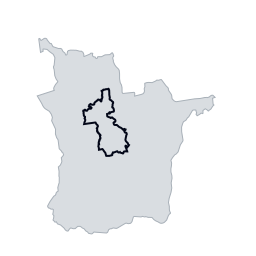 Democratic Republic of the Congo, with Kasaï-Oriental highlighted, rotated 172°
{"feature_id": "COD-1896", "entity_name": "Kasaï-Oriental", "entity_type": "Province", "adm_level": 1, "iso_a3": "COD", "parent_name": "Democratic Republic of the Congo", "parent_adm1": "", "projection": "robinson", "projection_center": [23.978, -4.842], "detail": "fine", "context": "in_parent", "style": "outline", "palette": "ink", "viewbox_px": 256, "rotation_deg": 172, "n_neighbors": 0, "source": "natural_earth", "source_scale": "10m", "svg_char_len": 8963}
<svg xmlns="http://www.w3.org/2000/svg" viewBox="0 0 256 256"><g transform="rotate(172 128 128)"><path d="M213.4,172.4L195.8,175.5L196.1,176.7L196.0,177.8L195.5,178.8L193.7,181.2L191.1,183.5L191.1,184.0L192.4,186.6L193.2,190.0L193.0,196.1L193.3,197.8L193.3,199.0L192.4,200.5L190.6,207.8L191.7,211.3L195.2,214.7L197.2,217.1L200.6,218.0L201.2,217.9L201.4,215.8L204.1,215.0L204.0,228.1L203.8,228.9L203.3,229.0L202.7,228.6L202.5,227.4L201.8,226.8L198.4,228.4L197.6,228.4L196.7,228.1L196.0,227.4L195.8,226.5L193.5,222.6L192.3,222.4L191.0,219.0L185.8,216.4L183.8,216.2L182.7,215.5L181.7,212.8L180.0,211.0L179.6,209.1L179.2,208.8L178.2,209.2L177.2,212.3L176.1,213.0L173.9,213.1L168.5,212.2L164.7,210.6L163.7,210.7L162.1,209.3L161.5,207.0L161.8,205.2L161.6,204.9L155.7,206.4L154.3,207.3L152.9,207.1L152.5,206.6L153.1,205.4L152.8,204.0L152.4,203.4L150.7,202.9L150.1,201.4L149.1,201.2L148.7,201.4L148.4,202.4L147.8,202.8L144.3,202.3L140.6,203.6L135.8,203.2L133.4,204.7L133.1,204.7L132.6,203.9L132.1,201.4L132.4,200.8L133.1,200.3L133.4,199.3L133.1,196.7L133.3,196.1L133.0,194.6L132.3,192.3L131.3,190.4L129.1,187.5L128.7,186.1L128.8,182.9L129.5,177.8L129.4,174.0L128.5,171.5L128.3,168.9L128.9,164.1L128.3,162.9L117.2,162.5L116.7,162.2L116.5,161.5L117.0,158.7L110.2,159.4L108.2,159.9L107.0,161.1L106.5,162.5L106.5,164.6L105.5,166.6L105.2,169.9L103.3,170.3L101.4,170.3L97.8,169.6L94.3,170.6L92.6,171.5L91.7,171.0L88.5,171.4L88.1,171.1L84.5,164.5L82.8,162.3L82.5,161.2L82.7,160.2L82.2,158.8L80.5,155.4L80.2,153.8L80.3,151.4L80.1,150.5L78.5,148.4L77.5,147.7L76.4,147.3L58.2,147.6L52.2,147.2L47.8,147.5L45.6,147.3L45.0,147.0L43.0,147.5L41.9,148.3L40.4,148.8L39.4,148.6L37.5,146.2L40.1,145.7L40.4,139.6L39.7,138.8L41.1,137.8L43.3,135.2L45.4,134.2L45.7,133.7L46.2,133.7L47.0,134.8L48.8,136.3L51.2,135.0L51.4,134.7L51.7,132.1L52.3,131.9L53.3,132.5L53.8,132.5L54.8,131.7L57.8,130.5L58.7,132.1L57.9,133.5L58.2,134.6L58.3,136.2L58.8,136.5L61.1,136.7L61.8,136.3L66.4,130.5L67.6,129.9L69.6,127.6L72.2,126.5L73.3,124.7L74.8,121.5L75.4,116.8L75.2,108.7L75.4,107.6L78.5,104.0L81.7,97.4L83.8,95.6L85.5,94.9L88.0,92.5L90.0,90.1L89.7,87.2L90.2,84.7L91.2,81.6L91.6,78.4L91.2,74.9L91.4,72.1L92.9,67.6L93.0,62.5L94.4,58.2L97.0,52.7L98.3,48.6L98.0,44.6L98.4,41.6L98.3,39.8L97.8,38.3L98.0,37.4L99.0,37.0L100.3,35.5L102.5,31.5L105.0,29.6L106.6,29.0L108.4,29.0L109.5,29.4L111.4,30.9L113.5,32.2L115.1,33.7L116.7,36.1L120.5,36.7L122.1,37.5L123.1,37.8L123.4,37.6L124.2,37.7L126.0,38.5L127.4,38.1L134.4,39.6L135.2,38.9L137.1,34.7L138.6,33.3L141.0,33.2L142.8,34.0L143.8,34.0L152.4,30.4L153.5,30.2L156.6,31.1L158.7,30.5L159.5,30.7L161.2,30.1L162.7,27.6L163.9,27.0L176.2,29.7L178.1,28.3L179.0,28.2L181.7,29.2L182.5,30.7L184.2,32.0L185.4,34.2L187.2,35.4L188.1,36.5L189.2,37.3L191.4,37.6L194.3,35.7L196.3,35.9L198.3,36.9L199.0,36.9L200.5,35.7L201.3,34.5L202.1,34.3L203.3,34.8L204.3,35.9L205.1,37.6L208.2,41.3L211.2,42.9L212.0,45.1L213.0,44.9L213.6,45.1L214.4,46.6L214.9,46.9L215.0,47.5L214.3,48.8L213.6,51.4L214.5,53.0L213.7,55.3L213.3,57.7L214.3,58.3L215.5,58.3L216.7,59.5L217.6,59.7L218.5,61.1L218.3,62.2L215.4,66.1L211.0,70.8L209.5,71.4L208.7,72.3L208.2,73.7L206.9,74.9L205.9,75.3L205.8,78.8L204.3,82.4L203.8,83.1L202.9,88.9L203.1,89.9L202.3,94.7L202.4,99.1L200.3,100.5L198.8,102.7L198.1,104.2L198.2,107.8L195.7,110.0L195.5,110.5L196.1,113.0L197.0,113.5L197.0,114.3L199.0,117.0L198.9,125.4L199.0,126.3L200.0,128.3L200.7,132.1L199.9,136.9L202.6,145.8L201.4,149.0L202.0,152.2L203.5,155.4L207.3,158.6L208.3,159.9L209.2,161.7L210.1,164.5L213.4,172.4Z" fill="#d9dde1" stroke="#a8b0b8" stroke-width="1"/><path d="M150.2,103.0L153.4,103.4L153.5,103.7L153.8,105.8L153.9,106.5L154.1,106.9L154.9,108.2L155.8,110.1L156.1,110.5L156.3,110.7L159.8,110.5L159.7,111.5L159.6,112.0L159.7,112.4L159.7,113.1L159.9,113.8L159.9,114.0L159.5,115.1L159.5,115.5L159.2,116.0L159.1,116.3L159.1,116.9L159.2,117.1L159.1,117.3L158.9,117.1L158.9,117.3L159.0,117.5L159.0,117.9L158.9,118.1L158.7,118.6L158.6,118.8L158.5,119.2L158.4,119.3L158.1,119.3L157.9,119.4L158.0,120.3L157.9,120.4L157.7,120.4L157.6,120.5L157.4,120.9L157.3,121.2L157.2,121.3L156.9,121.3L156.8,121.6L157.0,121.9L157.0,122.0L156.8,122.3L156.7,122.3L156.7,122.7L156.9,123.5L156.9,123.9L156.7,124.2L156.5,124.6L156.3,124.7L156.4,125.1L156.5,125.2L156.6,125.4L157.0,125.5L157.0,125.8L157.3,126.3L157.4,126.2L157.6,126.6L157.9,126.9L157.9,127.3L158.2,127.7L158.4,127.5L158.5,127.6L158.6,127.8L158.7,128.2L158.8,128.4L158.8,128.6L158.7,128.8L159.0,129.0L158.9,129.3L158.8,129.5L158.9,129.8L159.0,130.0L158.8,130.5L158.6,131.4L158.7,131.5L159.0,132.0L158.9,132.2L158.5,132.5L158.2,133.1L158.0,133.3L157.8,133.4L157.7,133.6L157.5,134.1L157.6,134.5L157.8,134.8L157.9,135.3L158.3,135.6L158.5,135.8L158.7,136.2L158.9,136.4L159.0,136.9L159.4,137.9L159.6,137.9L159.9,138.0L170.9,138.0L170.7,138.5L170.3,139.8L169.5,141.0L169.3,141.5L169.2,142.1L169.2,142.5L169.6,143.2L169.7,143.4L169.6,143.7L169.2,144.2L169.1,144.5L169.0,144.9L169.0,145.1L169.2,145.3L169.8,146.0L170.0,146.6L169.9,148.0L170.0,149.0L169.9,149.2L169.7,149.7L169.7,149.8L169.7,150.1L170.0,150.7L170.0,151.1L169.9,151.3L169.8,151.5L169.5,151.6L169.0,151.5L168.8,151.6L168.6,151.7L168.3,152.0L168.1,152.1L167.9,152.0L167.9,151.9L167.8,151.4L167.6,151.2L166.8,150.9L166.3,150.8L166.1,151.0L165.0,152.1L164.8,152.1L164.4,152.2L163.8,152.6L163.5,152.6L162.6,152.3L162.0,152.3L161.9,152.4L161.5,152.7L161.3,153.1L161.6,153.6L162.3,154.4L162.4,154.5L162.6,154.6L163.6,154.5L163.8,154.7L163.8,154.9L163.4,155.1L163.3,155.3L163.3,155.5L163.1,156.3L162.0,156.9L161.7,157.0L161.6,156.9L160.9,156.3L160.2,156.0L159.5,155.9L159.1,155.9L158.5,155.9L158.2,156.1L158.0,156.4L158.0,156.7L158.0,157.0L157.9,157.3L156.6,158.5L156.3,158.6L155.7,158.8L155.0,159.4L154.9,159.5L154.4,159.5L154.2,159.6L153.9,160.1L153.7,160.3L153.3,160.3L152.9,160.1L151.7,159.5L151.6,159.3L151.6,158.9L151.5,158.6L151.4,158.4L151.2,158.2L150.9,158.3L150.8,158.2L150.7,158.3L150.8,158.4L150.8,158.8L150.6,158.8L150.5,159.0L150.8,159.3L150.7,159.4L150.7,159.5L150.8,159.5L150.8,159.8L150.7,160.0L150.1,160.3L149.9,160.4L149.9,160.6L149.7,160.6L149.5,161.3L149.2,161.5L149.1,161.8L149.1,162.5L149.0,162.9L149.0,163.0L149.3,163.2L149.4,163.4L149.3,163.6L149.2,163.7L149.0,164.7L149.0,164.9L148.9,165.0L148.7,165.2L148.7,165.3L148.7,165.6L148.6,167.4L148.7,167.6L148.9,168.0L149.0,168.3L148.9,168.4L148.9,168.5L148.2,168.5L147.7,168.7L147.5,169.1L147.2,169.3L147.1,169.2L146.8,169.0L146.3,169.3L146.2,169.3L145.3,169.3L145.0,169.3L144.6,169.5L144.4,169.5L144.0,169.5L143.5,169.3L143.1,169.3L142.7,169.2L142.5,169.3L142.3,169.5L142.0,169.6L141.8,169.5L141.7,169.3L141.6,168.6L141.4,168.1L141.7,165.0L141.9,163.6L141.9,163.0L141.8,162.2L141.9,161.6L141.7,161.0L141.8,160.6L142.2,159.3L142.2,159.1L142.1,158.8L141.8,158.4L141.5,158.2L141.1,157.9L140.7,157.7L140.5,157.4L140.1,156.6L139.9,156.4L139.4,156.1L139.2,155.8L139.2,155.3L139.2,154.9L139.9,153.7L140.1,153.2L140.1,152.9L140.2,152.0L140.5,151.4L140.7,151.1L140.7,150.9L140.6,150.5L140.1,150.1L139.9,149.9L139.7,149.5L139.6,149.1L139.5,148.6L139.5,147.1L139.7,146.5L139.9,146.3L140.0,146.2L140.3,146.2L141.2,146.2L142.5,146.0L142.8,145.9L143.4,145.6L143.5,145.5L143.5,146.0L143.9,146.2L144.2,146.1L144.4,145.9L144.7,145.5L144.9,145.4L145.5,145.1L146.2,144.7L146.7,144.7L146.8,144.7L146.9,142.6L146.8,142.3L146.4,142.0L146.0,141.8L145.2,141.3L144.3,141.0L144.2,140.9L143.9,140.4L143.6,140.3L142.6,140.7L142.4,140.7L142.1,140.6L141.4,139.6L140.4,138.7L139.6,138.0L139.5,137.7L139.4,137.0L139.5,136.6L139.7,136.2L139.9,136.0L141.2,135.6L141.4,135.4L141.6,135.2L141.6,134.7L141.4,133.5L141.2,133.2L140.7,132.9L140.1,132.8L139.4,132.6L138.7,132.6L137.7,131.5L136.8,130.4L136.3,130.0L135.1,129.3L134.4,128.7L134.2,128.4L133.9,128.1L133.3,127.2L133.2,127.1L132.4,127.3L132.2,127.5L131.8,127.6L131.6,127.5L131.5,127.4L131.4,127.3L131.3,127.2L131.2,127.0L130.6,126.9L130.6,126.7L131.0,126.3L131.3,126.2L131.8,126.3L132.1,126.2L132.2,125.7L131.8,124.3L131.6,124.0L131.4,123.8L130.6,123.6L130.4,123.5L130.2,123.2L130.1,122.7L130.1,121.9L130.2,121.7L130.6,121.2L130.8,120.9L131.0,120.0L131.4,119.1L132.2,116.7L132.1,115.9L132.0,115.6L131.9,115.3L130.7,113.5L130.5,113.3L130.3,113.0L130.2,112.5L130.1,111.8L129.9,111.5L129.4,111.0L129.6,110.8L130.1,110.1L130.8,109.7L131.1,109.4L131.4,108.9L131.7,108.7L132.0,108.8L132.1,109.0L132.2,109.4L132.1,110.1L132.1,110.3L132.3,110.6L132.6,110.8L132.8,110.7L133.0,110.6L133.1,110.4L133.1,110.0L132.5,107.6L132.4,106.5L132.3,106.1L132.0,105.1L132.0,104.9L133.0,105.1L133.5,105.2L135.1,105.3L135.2,105.2L135.5,105.0L136.1,103.8L136.3,103.6L136.5,103.7L136.9,103.6L137.6,104.1L138.1,104.2L138.6,104.5L139.0,104.7L139.3,105.3L139.9,105.0L140.0,105.0L140.5,105.0L140.8,105.1L141.1,105.3L141.4,105.7L141.8,106.4L141.9,106.5L142.0,106.5L142.4,106.4L145.0,105.8L145.5,105.8L146.2,105.9L146.4,105.9L146.5,105.7L146.5,105.3L146.5,105.2L147.1,104.7L147.3,104.4L147.3,103.6L147.6,103.3L148.0,103.2L149.2,103.2L149.5,103.1L150.2,103.0Z" fill="none" stroke="#020617" stroke-width="2"/></g></svg>